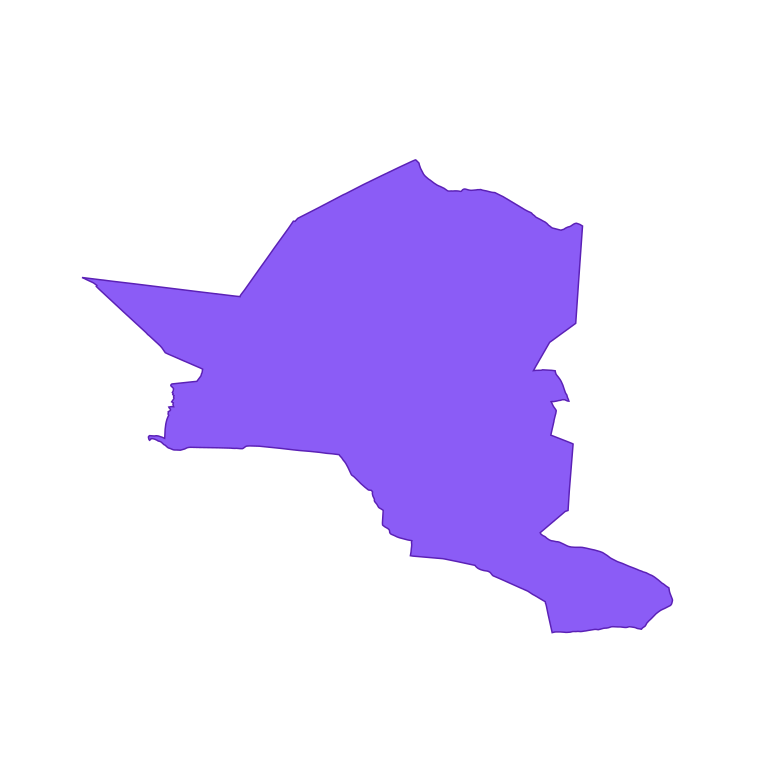 the district of Wajir North, North-Eastern, Kenya, rotated 277°
{"feature_id": "3690345B77349779921322", "entity_name": "Wajir North", "entity_type": "district", "adm_level": 2, "iso_a3": "KEN", "parent_name": "Kenya", "parent_adm1": "North-Eastern", "projection": "equal_earth", "projection_center": [39.341, 2.99], "detail": "fine", "context": "isolated", "style": "filled", "palette": "violet", "viewbox_px": 768, "rotation_deg": 277, "n_neighbors": 0, "source": "geoboundaries", "source_scale": "gbopen_adm2", "svg_char_len": 6166}
<svg xmlns="http://www.w3.org/2000/svg" viewBox="0 0 768 768"><g transform="rotate(277 384 384)"><path d="M467.6,566.9L506.7,564.8L565.0,561.8L566.2,559.1L566.5,557.9L566.8,556.6L567.0,555.3L566.6,554.1L565.9,552.9L564.9,551.7L563.9,550.6L562.9,549.2L562.3,547.6L561.5,546.2L560.8,545.1L559.6,543.8L559.1,542.8L558.8,541.9L558.2,541.1L558.7,537.2L559.2,533.5L559.3,532.2L560.0,530.8L560.9,529.4L561.6,528.0L562.5,527.0L563.3,526.0L564.4,524.1L565.2,521.9L566.1,519.8L568.0,514.7L568.6,513.7L569.3,513.0L570.5,510.9L571.1,510.2L571.6,509.7L572.0,508.9L573.0,505.6L574.1,502.7L584.5,479.3L585.3,476.9L587.5,470.7L587.4,468.5L587.5,466.9L588.1,462.3L588.4,458.2L588.8,456.3L588.5,454.9L588.3,453.2L587.9,452.0L586.9,447.3L586.8,446.1L586.9,444.4L587.4,441.1L587.3,439.9L587.0,439.2L586.4,438.4L584.7,437.2L584.5,436.4L584.6,434.1L584.5,432.5L584.3,430.7L583.9,428.7L583.8,427.2L583.4,425.1L583.4,424.1L583.7,423.2L585.5,419.9L586.9,415.8L587.3,414.2L587.9,412.5L589.5,409.2L592.1,404.8L592.8,403.3L594.6,400.6L595.7,399.1L597.1,397.7L602.5,394.0L605.8,392.4L607.5,391.8L608.9,390.1L610.3,388.2L610.0,387.3L608.3,384.4L601.0,372.7L590.5,356.3L579.4,339.2L568.1,322.6L567.0,320.7L548.9,294.5L537.9,278.2L534.6,275.9L534.6,274.2L526.7,270.1L505.8,258.6L495.5,253.1L483.4,246.5L460.3,234.1L455.4,231.2L453.8,230.5L453.5,230.3L453.2,230.4L453.1,226.4L453.0,193.3L453.0,174.5L453.0,157.7L453.0,124.3L452.9,102.4L452.9,71.3L449.0,83.2L446.9,87.0L445.8,86.5L443.5,89.5L423.8,116.7L406.1,141.4L404.3,143.5L403.4,145.0L394.6,157.2L392.9,159.1L388.4,163.1L387.2,166.7L382.5,182.6L377.5,199.7L376.6,202.2L375.0,202.1L373.3,202.1L371.8,201.6L370.7,201.5L369.5,201.2L363.8,197.9L363.3,195.5L358.2,173.5L357.4,172.7L356.3,172.6L354.3,175.2L353.6,175.7L351.4,175.6L350.6,175.3L349.7,174.9L348.9,175.8L347.8,175.6L346.8,177.0L346.2,176.8L345.4,176.7L344.5,177.2L343.8,177.2L340.4,175.4L339.6,177.2L338.0,177.0L335.8,178.0L335.7,175.9L334.9,173.2L334.1,173.7L333.5,174.5L332.6,175.2L331.9,175.2L331.2,174.6L330.2,173.2L329.2,173.4L327.9,173.3L327.3,173.8L326.6,174.1L324.6,173.4L322.1,172.8L319.8,172.5L317.5,172.3L312.4,172.3L305.7,172.8L303.3,172.9L304.1,170.4L304.9,166.4L304.9,164.3L304.4,162.3L304.2,157.7L303.6,157.0L302.7,156.6L301.1,157.1L300.1,157.6L299.6,158.2L300.4,159.0L301.3,159.5L301.5,160.6L301.5,161.6L301.2,163.4L300.5,165.6L299.9,166.8L299.7,168.4L299.5,169.3L298.8,170.5L297.0,173.0L296.6,174.2L294.9,176.6L294.3,177.7L293.9,179.7L293.1,182.5L293.0,183.1L293.0,184.3L293.3,187.1L293.5,190.0L295.2,194.0L295.4,194.4L296.3,195.7L296.8,196.6L297.3,198.1L297.6,199.6L298.4,207.7L300.5,227.4L301.7,240.0L301.7,241.4L301.9,243.8L302.2,245.4L302.3,248.8L302.5,251.1L302.6,251.4L303.0,252.1L304.7,253.9L305.5,254.9L305.6,255.3L305.9,256.6L306.2,258.3L306.7,263.7L307.1,267.9L307.1,269.4L307.5,288.2L307.6,302.3L307.7,308.5L308.1,318.5L308.3,328.2L308.2,335.6L308.4,340.8L308.4,348.0L307.3,349.0L305.5,351.1L303.6,352.7L301.7,354.7L300.3,355.9L296.8,358.4L290.1,362.6L289.7,363.0L288.3,365.5L287.1,367.1L282.3,373.2L279.2,377.7L277.0,381.3L276.9,381.7L276.9,383.8L276.9,384.3L276.4,385.0L275.8,385.4L275.5,385.8L275.0,385.8L274.3,385.7L272.8,386.1L271.3,386.7L268.7,388.4L268.4,388.5L267.2,388.6L266.6,388.8L265.6,389.6L263.6,391.7L261.8,393.0L260.8,393.8L260.1,395.2L259.4,396.9L258.5,398.6L245.7,399.4L244.2,399.7L243.9,399.8L243.6,400.1L242.3,402.3L241.1,405.2L240.4,406.3L240.0,406.8L239.2,407.3L238.5,407.5L237.5,407.7L236.8,408.1L236.1,408.8L235.7,409.7L234.8,412.8L233.9,415.4L233.5,417.0L233.2,418.6L232.1,426.7L231.9,430.7L230.2,430.6L227.9,431.1L226.2,431.2L223.7,431.2L220.6,431.3L216.8,431.1L216.7,433.7L217.8,463.7L217.7,465.6L216.7,478.2L215.3,493.8L215.1,496.4L214.2,497.2L213.3,498.4L212.5,499.7L212.0,501.0L211.5,502.7L211.2,504.5L211.0,505.9L210.9,509.3L210.7,510.4L210.4,511.2L210.1,512.0L209.5,512.8L207.7,514.6L206.9,515.7L206.8,516.1L205.1,522.0L198.2,544.4L195.9,552.0L194.3,555.2L193.3,557.2L192.5,559.3L188.4,568.6L187.6,570.6L186.1,571.0L185.3,571.5L183.2,572.3L174.6,575.2L172.1,576.1L157.7,581.2L158.6,583.6L158.9,585.0L159.4,589.3L159.6,593.3L159.6,594.5L159.7,595.6L160.4,599.1L161.3,601.5L161.7,604.8L162.1,606.6L162.2,609.0L162.4,610.3L163.2,613.0L163.5,614.3L164.3,616.8L165.1,619.6L166.2,623.3L166.3,625.1L166.2,626.5L166.8,628.1L168.3,631.8L168.6,633.0L168.8,634.3L169.3,636.1L169.8,637.3L170.4,638.5L170.7,639.2L170.9,640.0L171.1,641.6L171.2,643.2L171.4,645.7L171.7,648.5L171.7,652.2L171.8,653.7L172.1,654.9L172.9,656.8L173.0,657.2L173.0,657.6L173.0,659.1L172.9,662.3L172.7,663.6L172.4,664.5L172.2,665.4L172.1,668.0L172.0,668.8L172.0,669.4L173.4,670.3L175.4,672.6L177.0,673.4L178.5,673.9L181.1,675.7L183.7,677.9L189.1,682.0L191.5,684.4L193.1,686.2L194.3,688.0L195.5,690.0L196.8,691.9L199.1,695.3L200.0,695.9L200.9,696.3L203.0,696.6L204.7,696.7L206.1,696.1L210.7,693.6L212.2,692.9L213.3,692.5L216.4,691.6L217.0,690.3L217.7,688.9L219.5,685.9L220.3,684.1L222.9,680.2L225.0,676.6L225.8,675.1L226.7,673.0L227.1,671.3L228.6,667.2L228.9,665.5L229.1,664.1L229.6,662.7L230.2,659.8L230.8,657.9L231.7,654.5L233.0,649.2L235.0,642.4L235.8,638.8L236.2,637.2L238.3,631.5L239.0,629.8L240.9,626.6L242.5,623.3L243.3,621.6L244.0,618.9L244.9,613.1L245.2,609.5L245.7,605.0L246.0,600.8L245.9,599.2L245.7,597.5L245.2,593.4L245.0,589.7L245.2,587.6L245.4,586.4L245.9,584.8L247.0,581.7L248.2,578.0L248.4,577.1L248.6,575.7L248.5,574.2L248.8,570.9L248.8,569.4L249.1,568.1L249.5,566.9L250.7,564.5L252.1,562.5L252.5,561.4L252.9,560.2L253.4,559.3L254.1,558.1L255.4,557.1L279.6,579.4L280.9,582.1L299.6,581.0L347.5,579.0L347.9,577.9L349.1,573.4L353.6,555.8L367.4,557.2L368.8,557.2L373.8,557.8L375.7,558.1L378.1,558.2L378.8,558.1L379.8,557.3L382.3,555.0L383.6,554.1L385.9,552.7L386.8,552.0L387.1,552.9L387.2,554.5L388.2,557.7L388.9,559.5L389.2,560.8L390.2,563.1L390.4,565.4L389.8,567.1L389.5,568.4L389.5,569.6L390.9,569.0L391.8,568.5L392.9,567.8L394.2,567.3L395.7,566.6L396.5,565.8L397.7,565.0L401.6,563.1L404.6,561.7L408.1,559.6L409.7,558.4L410.8,557.4L412.4,555.9L413.6,554.6L414.7,553.6L416.6,552.7L418.0,552.3L418.0,548.7L417.4,539.7L416.8,538.3L416.1,533.4L415.5,530.7L420.7,532.8L445.5,543.3L467.6,566.9Z" fill="#8b5cf6" stroke="#5b21b6" stroke-width="1.5"/></g></svg>